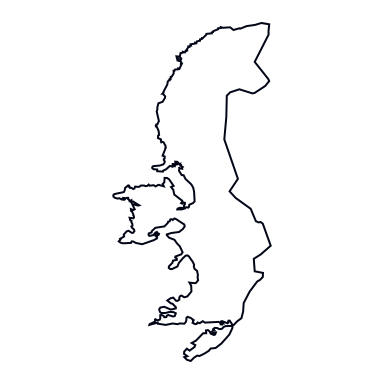 the district of Ulstein nor, Møre og Romsdal, Norway
{"feature_id": "86288312B47478936056679", "entity_name": "Ulstein nor", "entity_type": "district", "adm_level": 2, "iso_a3": "NOR", "parent_name": "Norway", "parent_adm1": "Møre og Romsdal", "projection": "albers", "projection_center": [5.867, 62.327], "detail": "fine", "context": "isolated", "style": "outline", "palette": "ink", "viewbox_px": 384, "rotation_deg": 0, "n_neighbors": 0, "source": "geoboundaries", "source_scale": "gbopen_adm2", "svg_char_len": 6036}
<svg xmlns="http://www.w3.org/2000/svg" viewBox="0 0 384 384"><path d="M269.2,24.3L261.3,23.0L255.1,24.9L246.7,26.1L240.1,28.7L239.4,28.3L233.5,30.0L230.1,27.3L223.0,27.8L220.8,27.1L220.8,28.0L218.1,28.3L218.1,29.2L213.2,31.2L213.1,32.0L211.8,32.4L211.8,33.3L206.4,33.9L206.2,34.8L202.7,38.2L201.9,38.1L201.8,39.0L200.0,39.4L200.0,40.7L196.9,41.4L196.4,43.2L195.1,42.7L195.0,43.6L190.6,44.3L191.0,45.6L190.1,45.6L189.6,46.9L188.3,46.4L188.0,47.7L187.1,48.9L187.2,50.3L186.4,50.2L186.3,51.1L185.4,51.1L184.9,52.4L182.8,51.8L182.7,52.7L180.5,53.1L179.9,56.6L178.6,56.5L181.3,58.5L180.5,60.8L176.8,57.7L177.5,60.4L178.7,60.2L178.8,60.9L180.6,61.2L181.2,62.3L180.9,63.7L181.8,63.7L179.4,68.9L178.1,68.4L178.0,69.3L174.9,69.6L174.4,70.9L173.6,70.8L173.7,73.0L173.2,74.3L171.5,76.9L170.7,76.9L170.6,79.1L169.7,79.0L169.6,80.3L168.7,80.3L167.6,82.0L167.5,83.8L167.0,85.1L163.6,91.5L163.6,92.4L162.4,93.7L163.3,93.7L163.5,94.6L164.9,95.9L165.2,96.6L164.9,98.0L162.6,101.8L158.4,103.3L157.3,107.6L157.4,109.2L156.7,111.4L158.9,121.1L157.3,124.4L156.3,124.5L155.7,125.7L156.1,126.7L156.8,126.7L158.6,130.9L159.1,135.0L158.1,135.7L158.0,138.1L161.0,139.4L160.9,141.1L161.3,142.3L162.5,141.8L163.6,142.4L165.6,146.0L165.4,147.8L165.7,147.9L162.6,155.7L164.7,156.5L164.6,158.6L163.8,159.2L163.8,160.1L164.8,161.5L164.4,163.0L163.3,164.4L159.5,165.6L153.3,166.1L152.3,167.0L152.2,168.0L153.5,169.2L157.2,169.5L157.2,171.2L162.9,171.6L163.1,170.7L166.1,169.3L169.9,165.9L172.5,166.7L172.7,164.0L173.5,164.0L173.7,165.8L174.8,166.2L175.4,164.2L176.8,163.8L177.6,164.4L175.4,162.9L175.2,161.7L177.2,161.8L178.8,163.3L178.0,164.2L180.0,163.8L179.8,164.2L180.8,164.8L180.5,165.3L181.2,165.5L181.2,166.3L182.7,167.0L182.1,167.6L182.2,168.8L179.7,168.3L178.8,167.0L179.5,168.4L178.9,170.7L181.7,175.1L183.6,175.2L185.4,178.8L191.4,184.5L193.2,187.7L194.1,191.8L194.6,201.4L193.0,203.1L189.3,204.7L189.0,206.8L188.3,207.6L186.5,207.2L184.6,208.6L181.6,209.4L177.3,209.4L177.6,208.6L179.9,207.8L183.8,207.9L184.3,206.8L183.9,205.7L184.9,204.2L184.9,202.8L183.7,202.6L182.3,203.7L181.1,203.1L182.4,201.5L182.3,200.8L174.3,194.6L173.3,189.9L171.1,187.0L173.6,185.9L169.1,179.3L167.1,178.0L164.6,177.9L164.3,182.3L162.7,184.0L163.8,186.3L158.5,184.8L155.5,186.4L153.7,185.2L149.6,185.7L148.7,184.6L147.4,185.8L145.7,186.2L144.0,185.5L140.6,185.6L139.7,186.6L138.2,186.9L135.1,186.6L134.4,188.5L133.2,189.0L131.3,187.8L130.0,187.9L129.3,186.0L128.5,186.5L128.0,185.5L125.2,187.8L124.7,190.3L123.8,192.1L116.1,193.7L114.0,194.3L113.3,195.2L113.5,196.7L115.1,197.9L117.7,198.6L119.2,198.2L121.5,199.4L123.0,197.9L124.0,198.0L123.4,199.7L124.3,199.8L126.3,197.9L128.1,197.9L128.1,199.1L128.9,199.4L129.5,201.1L131.2,200.3L130.9,201.9L131.6,202.2L132.9,201.4L139.2,205.3L138.0,205.6L132.2,204.0L134.7,209.3L133.1,210.0L130.9,209.1L131.1,211.0L132.0,211.4L133.4,214.6L133.3,215.4L133.9,216.2L134.0,217.6L133.2,218.3L129.6,217.8L130.3,220.3L131.5,220.9L131.4,222.2L132.3,223.8L132.5,225.7L131.4,226.5L131.8,227.5L134.1,229.6L134.4,231.2L133.1,232.8L131.9,232.9L128.6,230.8L126.6,231.4L123.7,234.7L124.1,236.5L120.0,238.9L120.5,239.6L118.8,241.3L120.6,242.7L123.0,243.3L131.0,242.9L131.7,241.4L133.2,241.5L136.0,243.0L142.2,244.2L153.7,240.2L156.8,238.5L157.1,237.7L156.3,236.6L158.7,234.7L159.0,233.8L158.2,233.4L156.3,235.4L155.4,235.5L155.3,234.8L157.3,233.1L156.9,232.0L155.4,232.6L153.4,235.1L149.3,235.9L148.5,234.7L148.8,233.4L151.6,232.4L151.8,231.1L155.4,227.8L164.4,226.4L167.7,223.1L168.1,221.7L169.6,221.4L170.4,219.4L171.6,219.2L172.7,220.0L174.4,218.5L175.9,219.0L184.3,224.5L184.7,226.4L182.8,229.1L179.0,232.0L171.4,233.0L166.8,234.4L166.8,235.1L169.1,237.7L174.5,239.8L176.9,243.3L179.8,246.3L182.6,252.3L181.2,254.4L175.4,256.5L175.2,257.5L176.8,258.5L176.8,259.9L173.0,260.6L172.5,262.7L168.9,266.4L168.8,268.0L170.4,269.1L172.1,269.0L177.4,266.5L178.9,262.9L182.8,258.3L185.6,255.7L187.5,255.4L189.0,256.5L192.8,261.9L194.1,264.8L193.8,266.6L194.6,268.9L197.1,270.9L197.9,275.1L197.6,277.6L198.1,280.3L196.0,282.9L194.9,283.2L189.4,282.6L191.2,285.7L191.4,291.5L187.4,296.4L184.2,297.3L181.7,295.6L180.4,295.9L179.3,297.5L179.3,299.7L177.5,300.9L176.0,300.7L173.2,297.6L170.5,298.3L167.3,300.5L170.9,303.4L172.5,303.7L175.9,307.3L175.8,308.4L170.9,309.6L164.3,306.8L160.5,307.5L159.4,308.7L159.2,309.8L160.2,312.3L161.3,313.0L165.4,313.0L169.7,311.9L173.4,312.1L175.8,313.3L174.8,316.0L173.1,316.5L168.2,315.0L166.8,315.7L166.3,317.1L164.2,317.2L163.6,315.9L161.4,314.9L160.2,315.2L160.3,318.4L159.7,319.7L157.3,320.3L155.3,319.2L155.0,319.5L155.3,320.9L154.2,322.0L149.7,324.1L149.4,324.9L157.7,322.6L157.8,323.7L165.7,324.9L172.6,323.5L177.8,324.2L179.7,323.4L184.4,323.7L185.9,321.8L186.4,319.9L186.4,317.9L187.6,316.8L190.8,318.0L193.6,320.1L192.9,320.7L193.2,321.9L192.6,322.8L195.0,324.1L196.7,323.9L197.5,322.5L199.7,323.2L202.8,321.2L204.8,322.6L218.7,321.9L219.8,322.5L220.7,324.4L221.9,324.5L221.8,323.7L223.3,323.7L222.9,323.0L221.9,323.0L221.2,321.4L222.0,321.1L227.6,323.3L228.3,322.7L228.1,321.6L228.5,320.7L229.7,320.7L232.7,325.2L233.8,324.9L237.1,321.4L241.4,318.2L243.1,311.8L243.7,303.0L249.7,291.5L257.2,281.5L260.0,279.9L262.8,277.0L263.0,272.9L254.7,271.3L253.8,258.8L260.9,254.3L270.7,245.7L262.8,223.7L260.6,222.0L258.6,222.4L255.9,221.2L250.7,208.8L235.6,197.9L229.6,191.3L237.9,178.9L224.3,139.4L226.3,117.2L226.8,95.7L230.2,92.3L239.4,89.3L252.5,93.4L254.7,92.9L265.2,86.0L269.2,81.1L268.2,78.9L254.7,61.9L268.6,34.6L268.5,31.4L269.2,24.3ZM225.8,326.1L223.9,326.8L221.8,328.9L219.2,329.1L217.2,328.0L214.7,327.9L213.3,329.0L214.3,330.3L212.8,330.4L212.1,331.6L212.5,332.8L215.9,332.5L215.1,334.5L213.9,335.0L210.5,333.5L209.9,331.7L208.0,330.1L206.0,330.4L206.2,333.2L203.1,333.3L195.9,340.7L191.7,343.0L195.3,345.1L194.5,347.0L189.6,350.6L186.8,348.7L184.2,351.6L184.0,353.8L187.3,356.2L184.3,357.1L186.8,359.7L190.7,361.0L194.1,357.6L197.2,355.6L199.5,356.0L204.2,353.7L208.7,350.9L210.7,348.5L215.6,348.0L221.4,343.5L229.4,334.5L232.3,328.2L232.6,325.9L225.8,326.1Z" fill="none" stroke="#020617" stroke-width="2"/></svg>